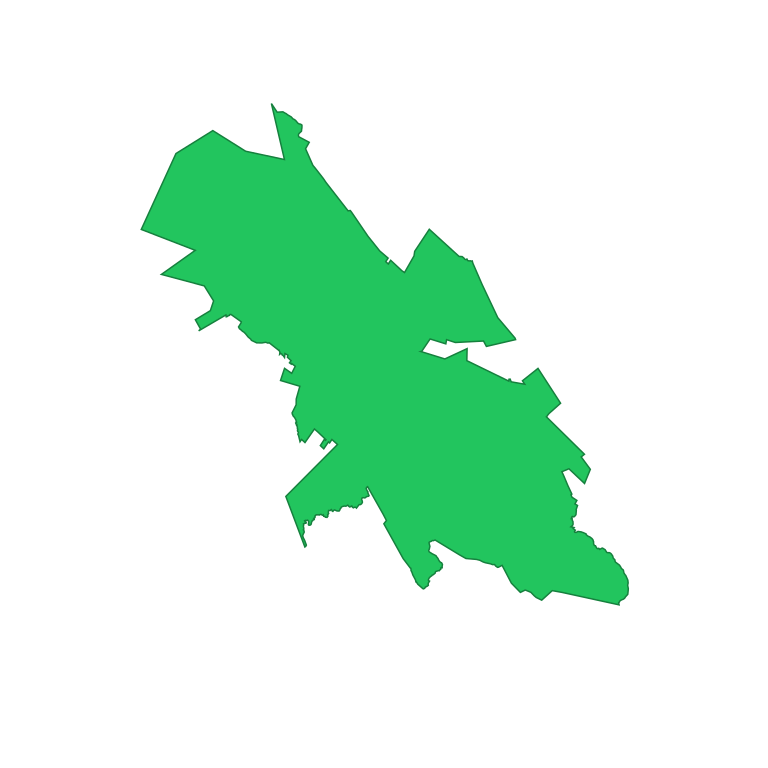 the district of Guadalupe Victoria, Durango, Mexico, rotated 333°
{"feature_id": "50627088B98366659289932", "entity_name": "Guadalupe Victoria", "entity_type": "district", "adm_level": 2, "iso_a3": "MEX", "parent_name": "Mexico", "parent_adm1": "Durango", "projection": "equal_earth", "projection_center": [-104.099, 24.401], "detail": "fine", "context": "isolated", "style": "filled", "palette": "green", "viewbox_px": 768, "rotation_deg": 333, "n_neighbors": 0, "source": "geoboundaries", "source_scale": "gbopen_adm2", "svg_char_len": 6164}
<svg xmlns="http://www.w3.org/2000/svg" viewBox="0 0 768 768"><g transform="rotate(333 384 384)"><path d="M494.6,266.7L471.6,279.7L468.9,283.5L452.9,294.0L451.4,291.3L446.1,276.8L442.3,279.0L441.1,275.8L444.8,273.7L440.6,263.5L436.8,245.1L433.1,216.2L432.7,214.1L430.6,213.4L423.8,178.0L423.2,173.2L420.8,160.9L419.9,156.9L420.9,138.8L427.1,134.7L420.3,125.0L420.5,123.9L420.9,123.1L421.8,122.3L425.2,121.3L426.1,120.0L426.5,119.1L426.9,118.9L428.2,116.6L428.4,115.9L427.9,115.0L427.4,114.4L426.8,114.1L425.7,112.6L424.9,109.0L424.2,107.6L423.3,106.5L422.6,103.9L420.4,100.5L419.4,98.4L418.8,97.7L417.5,95.6L412.2,93.3L411.0,83.0L397.2,138.8L366.4,113.8L346.5,80.5L303.3,84.2L237.9,136.1L276.5,179.2L235.4,185.3L268.4,215.0L269.9,232.6L262.6,239.8L245.1,241.1L245.5,251.8L243.0,252.5L274.5,250.7L273.9,252.5L274.5,252.7L276.4,252.5L277.5,252.7L277.9,252.2L278.2,252.1L279.2,252.5L285.1,263.8L284.1,264.8L280.3,267.1L280.3,269.2L280.8,270.0L281.9,272.9L282.6,273.9L283.4,276.2L284.3,280.5L285.6,283.5L285.7,284.9L289.2,289.5L293.9,292.0L297.5,293.1L299.2,294.9L300.4,295.1L305.5,306.2L305.8,306.2L305.7,308.4L304.5,310.2L305.9,309.9L306.6,311.1L306.4,311.7L307.4,313.7L307.2,313.9L307.4,315.2L309.6,311.9L311.5,314.7L310.1,316.3L311.8,321.0L309.4,322.2L310.4,324.2L311.0,323.8L313.0,327.9L306.6,332.6L302.5,324.9L293.4,333.9L308.0,347.8L299.0,357.5L296.3,362.6L289.0,368.0L288.6,369.4L288.7,370.3L288.5,371.0L289.1,373.3L289.2,376.2L288.8,377.2L288.9,377.7L288.7,378.3L288.5,378.0L288.1,378.4L287.6,378.6L287.5,380.0L287.9,380.5L287.9,381.1L287.6,381.2L287.4,380.7L287.3,381.1L287.4,382.6L286.5,384.6L286.7,384.9L286.6,385.3L285.7,386.3L285.6,386.8L285.8,387.8L285.6,388.6L284.7,389.3L284.4,389.8L284.5,391.0L283.0,397.3L285.4,396.0L287.0,400.3L301.6,392.5L303.3,396.8L307.0,407.3L306.4,407.6L305.8,406.2L299.3,410.0L300.9,414.4L308.2,410.4L308.8,411.8L312.4,409.8L315.1,416.8L245.5,439.6L239.5,493.3L240.6,493.1L241.7,492.3L242.3,487.3L242.3,484.5L242.6,482.4L243.5,481.4L245.7,479.7L246.1,478.3L245.9,477.6L246.1,477.1L246.5,477.1L247.1,476.0L247.4,474.6L247.8,473.8L248.5,473.1L248.8,472.0L250.8,472.3L251.1,472.6L251.7,472.4L251.7,472.0L251.2,471.0L251.2,469.8L252.1,469.8L252.7,470.5L253.6,470.4L254.2,470.7L254.5,472.3L253.9,473.3L253.8,473.9L253.0,474.4L252.8,475.3L253.1,475.8L254.1,476.2L254.7,476.2L255.5,475.8L256.8,474.2L258.0,473.3L258.5,473.4L259.3,472.9L260.3,473.1L260.4,472.7L260.2,472.0L260.4,471.8L261.0,472.0L262.1,471.4L262.4,470.8L262.4,470.4L262.7,470.2L263.8,470.0L264.2,469.7L265.3,470.3L265.8,470.8L266.8,470.9L267.0,471.4L268.3,471.4L269.2,472.0L269.2,472.5L269.5,472.9L270.2,473.4L270.4,473.3L270.2,474.5L271.1,475.1L271.3,476.1L272.7,477.0L274.0,476.3L274.0,475.9L274.5,475.3L274.4,474.9L274.6,474.7L274.8,474.8L275.9,474.3L276.1,473.0L277.2,471.5L278.5,472.3L280.0,471.9L280.3,472.9L280.1,473.5L280.6,474.3L281.7,473.8L282.7,473.7L284.5,475.8L286.3,476.8L287.2,476.4L288.1,475.5L289.3,475.0L289.9,474.4L291.4,474.3L293.2,474.7L294.2,475.4L295.4,475.7L296.5,475.4L297.0,476.0L297.1,477.0L297.6,478.0L298.8,478.2L299.5,477.9L300.0,478.2L300.0,479.4L300.4,480.4L302.2,480.5L302.8,481.1L303.1,482.1L307.0,480.2L308.4,480.8L309.8,480.5L311.0,479.7L311.5,478.5L311.6,476.8L312.5,475.7L313.7,475.7L315.2,476.8L316.1,476.8L317.3,476.4L319.3,477.0L320.0,476.7L320.2,473.5L320.7,473.0L320.5,470.9L320.7,468.8L322.3,468.0L322.8,468.0L324.1,499.1L324.2,506.7L320.4,508.5L321.8,548.3L323.9,560.0L324.2,560.2L324.1,561.0L323.4,562.4L323.4,564.6L323.0,567.1L323.1,572.8L322.6,574.9L323.0,575.1L323.0,575.5L323.2,577.7L325.7,584.0L326.2,584.5L327.5,584.5L328.5,583.8L328.9,583.9L329.1,583.7L330.6,583.8L332.1,583.5L332.4,582.5L333.1,581.5L335.1,580.3L334.5,579.5L334.5,579.0L334.7,578.6L335.7,577.6L337.7,576.8L339.7,576.5L340.0,576.2L341.2,576.3L343.6,575.8L344.4,574.9L345.0,574.6L347.7,575.0L348.5,575.5L349.6,574.9L350.5,574.8L350.9,573.9L351.1,574.0L351.6,573.6L352.2,574.2L352.5,574.0L353.1,572.7L354.1,571.5L354.2,570.0L354.1,569.3L353.6,568.9L353.0,567.4L352.8,565.4L352.9,563.9L352.4,561.5L352.4,560.6L349.5,556.6L349.2,555.9L348.1,554.2L348.1,553.1L348.4,552.4L349.2,551.9L351.2,549.5L351.8,546.7L352.2,545.7L352.7,545.4L354.6,545.6L356.0,545.4L356.8,546.0L358.7,546.2L373.7,570.5L377.8,576.7L386.8,582.3L388.5,583.8L389.4,584.6L391.3,587.3L393.1,589.2L397.4,592.7L398.7,594.2L400.6,595.1L400.8,596.9L401.2,597.3L401.8,598.8L402.7,599.2L406.9,599.2L407.1,619.3L410.9,631.6L416.1,631.7L416.5,631.9L420.3,636.3L421.7,640.9L422.7,643.3L426.4,648.2L440.1,644.5L448.0,650.5L493.2,687.5L493.8,685.3L494.6,685.2L495.6,684.4L497.7,684.2L499.3,684.4L501.0,684.2L502.5,683.3L505.7,682.1L507.9,678.7L508.8,677.2L509.7,674.0L511.2,672.1L512.2,669.5L512.5,664.3L512.2,663.4L512.0,661.2L512.7,658.8L512.7,658.1L511.8,656.2L511.8,654.3L511.6,652.3L509.4,647.8L509.4,646.7L509.9,645.7L509.2,643.0L509.7,641.2L509.4,638.7L509.0,637.6L508.4,636.7L506.4,635.6L506.0,635.1L505.8,632.0L504.2,629.4L503.5,629.2L501.1,629.3L501.0,628.4L500.8,628.0L500.5,627.8L499.8,627.9L499.0,626.8L499.0,624.2L498.3,623.6L498.1,622.9L498.2,621.6L499.2,619.5L499.1,618.8L499.4,618.2L499.4,617.4L499.1,616.0L498.1,613.9L496.4,611.8L495.8,610.0L496.0,609.3L494.1,606.9L492.8,605.6L492.7,605.4L489.9,603.4L487.9,603.5L486.7,602.8L486.6,602.2L487.1,601.6L488.1,601.1L486.9,598.7L488.2,598.2L485.7,596.1L487.8,595.6L488.8,594.8L489.9,592.4L489.9,590.7L490.6,589.2L489.8,588.9L491.4,587.5L492.0,587.7L492.5,588.4L493.1,588.6L494.5,588.2L495.7,587.6L498.0,583.9L498.1,583.2L501.3,580.1L499.7,577.5L503.0,575.3L500.1,570.2L500.3,567.6L501.4,567.4L501.7,558.0L502.4,548.6L502.7,542.9L510.3,543.5L517.5,563.7L529.1,553.7L526.6,538.5L530.7,537.6L513.8,487.0L514.3,486.9L515.6,486.1L517.7,485.2L532.6,481.3L528.3,440.0L508.8,444.0L509.3,448.1L498.3,439.8L498.6,436.9L497.5,436.5L496.5,438.1L468.4,400.8L474.1,390.2L449.6,389.3L431.6,371.8L432.5,372.0L445.5,364.8L457.3,376.3L459.9,372.9L466.4,379.4L492.2,390.9L492.3,397.0L521.4,404.2L521.6,402.6L515.5,376.6L516.6,339.7L518.0,316.8L518.5,314.4L517.6,314.2L517.0,313.5L515.6,312.9L514.6,312.0L514.6,310.3L513.6,310.4L512.7,309.7L512.3,307.8L511.4,305.9L508.8,304.4L494.6,266.7Z" fill="#22c55e" stroke="#15803d" stroke-width="1.5"/></g></svg>